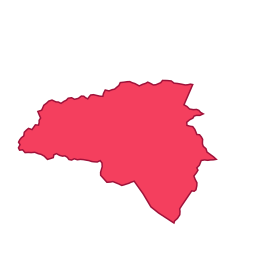 Nazaré, Bahia, Brazil (orthographic projection), rotated 295°
{"feature_id": "56859067B60391467377096", "entity_name": "Nazaré", "entity_type": "district", "adm_level": 2, "iso_a3": "BRA", "parent_name": "Brazil", "parent_adm1": "Bahia", "projection": "orthographic", "projection_center": [-38.979, -12.947], "detail": "fine", "context": "isolated", "style": "filled", "palette": "rose", "viewbox_px": 256, "rotation_deg": 295, "n_neighbors": 0, "source": "geoboundaries", "source_scale": "gbopen_adm2", "svg_char_len": 2175}
<svg xmlns="http://www.w3.org/2000/svg" viewBox="0 0 256 256"><g transform="rotate(295 128 128)"><path d="M136.9,221.2L138.0,217.7L138.8,213.6L139.6,209.7L142.2,207.4L143.2,204.0L144.9,202.3L147.0,201.3L149.3,200.4L150.8,198.4L152.1,195.7L151.2,193.1L153.1,191.2L155.0,189.1L156.6,186.1L155.8,183.4L155.3,180.3L158.0,178.8L161.5,180.4L164.3,182.6L166.8,182.9L168.4,184.7L169.8,187.8L172.6,190.2L172.8,187.3L173.9,184.7L173.8,182.3L172.3,179.6L171.2,175.8L172.4,172.4L172.7,168.9L194.7,168.3L194.1,166.0L192.5,164.0L191.2,161.7L190.3,157.9L189.2,153.8L188.1,150.8L188.9,147.3L187.6,143.5L185.7,139.2L182.9,138.5L180.9,136.7L179.0,135.0L177.7,132.8L177.9,129.8L177.9,126.5L175.9,125.1L173.8,122.8L170.9,120.4L171.2,115.5L170.8,112.7L170.8,110.0L169.6,107.7L167.9,105.1L165.9,101.8L162.7,101.8L160.2,100.6L157.5,99.4L156.1,97.5L153.6,95.1L152.8,91.3L148.9,91.2L146.1,91.8L145.0,89.3L144.3,85.9L143.6,82.6L142.1,80.2L139.8,79.6L137.4,79.2L137.5,76.7L138.1,74.5L137.2,72.2L133.9,70.5L131.4,67.4L131.6,64.1L129.7,61.2L127.2,60.4L125.1,58.7L122.0,56.9L122.1,53.9L121.2,51.7L121.2,47.3L118.9,44.8L116.1,43.7L113.0,42.1L110.6,42.2L107.6,42.2L104.9,39.3L102.3,42.1L100.1,44.6L97.5,44.2L95.3,45.2L92.8,45.7L91.7,42.7L88.4,42.1L86.0,41.7L85.6,38.0L83.1,36.8L80.3,35.8L76.8,36.9L74.2,35.5L71.6,34.9L68.9,34.8L67.3,37.2L63.7,37.1L62.1,39.1L63.7,41.7L62.2,45.1L63.8,48.1L64.8,50.7L66.6,53.8L66.8,57.6L67.4,60.4L67.1,64.0L65.5,68.3L67.8,70.9L69.6,72.8L72.3,72.1L74.5,73.9L74.3,77.6L74.8,80.5L76.1,82.6L75.8,85.4L74.5,87.8L75.1,90.4L77.4,92.3L77.8,95.5L79.4,98.0L80.5,100.9L81.2,103.6L82.0,106.5L82.3,109.3L83.1,111.7L84.2,114.5L86.7,116.6L85.3,119.2L82.0,121.0L78.7,121.5L76.2,121.9L73.6,123.2L69.9,131.8L71.6,134.9L73.1,137.0L73.2,139.9L73.4,143.4L73.3,146.6L74.8,148.4L76.4,150.1L78.3,152.2L80.2,153.7L82.4,156.1L74.9,169.3L66.2,182.1L63.9,191.6L61.3,209.8L63.5,209.5L66.9,211.0L71.2,211.6L74.3,210.4L76.6,209.0L80.5,209.5L97.9,212.3L98.7,214.7L100.7,215.7L104.7,214.8L107.5,213.6L109.8,210.6L112.3,208.0L116.3,208.9L119.4,209.2L120.9,207.2L124.4,208.4L129.5,208.1L131.4,210.8L132.4,213.9L133.9,216.2L135.3,218.9L136.9,221.2Z" fill="#f43f5e" stroke="#9f1239" stroke-width="1.5"/></g></svg>